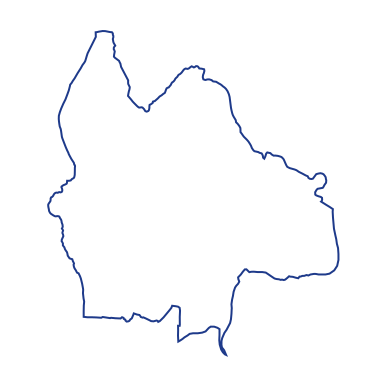 the district of Pursat, Pouthisat, Cambodia, rotated 178°
{"feature_id": "14789045B81185563432345", "entity_name": "Pursat", "entity_type": "district", "adm_level": 2, "iso_a3": "KHM", "parent_name": "Cambodia", "parent_adm1": "Pouthisat", "projection": "robinson", "projection_center": [103.921, 12.468], "detail": "fine", "context": "isolated", "style": "outline", "palette": "blue", "viewbox_px": 384, "rotation_deg": 178, "n_neighbors": 0, "source": "geoboundaries", "source_scale": "gbopen_adm2", "svg_char_len": 5993}
<svg xmlns="http://www.w3.org/2000/svg" viewBox="0 0 384 384"><g transform="rotate(178 192 192)"><path d="M51.4,150.4L52.0,161.8L52.1,167.4L51.8,170.0L55.0,172.3L58.5,174.6L63.3,177.9L62.7,178.4L62.2,179.8L62.3,181.7L63.5,182.6L65.7,183.3L68.0,184.3L68.9,185.1L68.9,187.5L67.5,189.7L66.4,190.8L61.2,191.6L60.4,192.6L59.4,194.4L57.7,196.6L57.4,199.1L57.7,200.2L57.9,202.1L58.7,203.5L59.9,205.1L61.1,205.8L63.0,206.3L65.1,206.0L67.2,205.5L70.7,201.1L72.1,200.8L73.8,201.1L75.1,202.0L75.8,203.7L77.8,204.6L81.0,206.5L84.5,208.4L86.8,210.1L88.6,210.9L93.6,212.5L95.9,213.8L96.8,215.4L97.8,217.8L99.0,220.9L99.6,222.0L101.3,223.8L102.7,224.4L104.9,225.1L107.4,225.5L109.2,225.5L111.0,226.7L112.3,228.1L115.4,228.9L116.5,227.8L117.5,224.9L118.6,222.8L119.7,223.8L120.0,226.0L120.5,227.2L121.1,228.2L122.6,228.6L123.5,229.0L124.1,229.5L125.9,230.0L128.2,230.6L129.2,231.6L130.6,233.8L131.4,236.1L132.2,237.7L133.8,240.4L135.4,242.4L138.3,245.5L139.3,247.0L140.3,248.6L141.4,250.1L141.4,253.7L141.5,254.5L142.6,256.6L144.1,258.7L145.5,260.1L145.6,260.9L145.8,262.3L147.8,265.9L148.6,267.7L149.1,269.5L149.7,272.4L150.1,274.8L151.1,285.6L151.7,288.3L152.9,291.4L154.4,293.8L155.7,295.2L157.6,296.7L158.6,297.7L159.9,298.7L161.0,299.3L164.0,301.3L167.0,301.8L167.9,302.5L168.4,303.1L170.7,303.9L171.9,304.0L173.1,303.9L174.4,303.5L175.2,303.6L176.7,304.2L177.2,306.2L177.1,307.3L176.7,309.0L176.1,310.2L175.4,312.6L175.6,314.2L178.0,314.9L180.4,315.2L181.5,317.0L182.6,317.6L183.7,317.6L185.1,316.6L186.1,316.5L186.8,317.1L188.0,317.6L189.3,316.8L190.4,315.9L191.3,315.4L192.3,315.2L193.5,315.5L194.2,315.6L195.5,314.9L196.3,314.1L198.2,311.7L199.1,310.9L200.0,310.2L201.3,309.6L202.0,308.7L202.6,307.7L204.1,306.4L204.7,305.8L205.4,304.5L206.4,303.3L207.3,302.6L208.0,302.2L208.7,301.3L209.5,299.7L211.7,297.3L212.9,297.0L213.8,296.4L214.6,294.7L215.1,293.3L215.7,292.0L217.5,290.9L219.0,289.7L221.0,288.6L222.9,286.7L226.1,284.1L226.9,284.0L227.9,283.7L228.1,282.5L229.0,281.8L229.6,281.4L230.3,281.0L231.3,280.6L231.6,279.3L231.6,278.2L231.8,276.8L232.0,276.0L232.2,275.3L232.8,274.5L234.4,273.9L235.8,274.4L237.1,276.6L238.4,278.0L239.2,278.4L241.9,278.2L242.8,278.8L243.8,279.7L246.3,282.4L248.1,284.4L249.6,286.5L252.6,290.3L252.1,292.7L251.5,295.1L251.0,296.4L250.6,298.3L250.6,299.2L251.1,300.2L252.0,302.3L252.0,304.5L251.9,305.8L258.5,319.5L259.1,322.9L259.7,324.0L260.3,325.6L263.4,328.1L264.4,328.9L265.3,330.0L265.0,332.1L264.3,335.1L264.8,336.7L265.2,337.4L265.1,338.9L264.5,340.0L263.6,340.9L265.1,343.8L265.4,344.8L265.6,346.5L265.8,347.6L265.2,349.5L265.2,350.9L265.6,351.8L265.6,353.3L266.5,354.5L267.7,354.6L269.2,354.9L273.0,355.8L275.6,356.0L279.5,355.5L281.5,355.1L282.7,355.0L282.7,350.4L291.5,334.2L292.4,331.7L293.3,329.0L294.1,326.7L295.0,325.2L297.0,322.7L298.9,319.5L302.2,314.7L305.4,309.6L307.3,307.1L308.5,305.2L310.0,303.5L310.3,302.1L311.6,297.8L313.0,294.3L315.2,289.0L317.6,284.6L319.8,280.0L321.3,276.3L322.4,272.8L322.6,269.8L322.5,267.4L322.2,264.4L321.9,262.1L321.0,259.5L320.7,257.4L320.1,251.7L319.7,250.2L318.2,245.8L316.6,241.2L315.3,237.9L314.3,235.7L313.8,234.1L312.7,231.8L311.4,229.2L309.0,225.2L308.7,223.4L308.1,222.8L308.0,221.4L308.2,220.6L308.4,216.4L308.6,213.2L309.1,211.1L309.7,210.1L311.7,209.0L312.8,207.8L313.7,207.6L315.4,207.5L316.4,207.6L316.7,205.3L317.1,204.6L318.3,204.0L320.3,203.3L322.2,202.0L322.3,201.1L321.9,200.4L321.6,199.1L321.6,197.7L322.2,196.6L323.3,196.2L324.4,196.5L325.2,196.4L326.2,195.9L327.1,196.1L327.9,196.1L329.2,195.5L330.1,194.5L330.9,193.0L331.9,192.0L333.0,191.5L333.5,190.5L333.6,189.0L333.8,187.9L334.4,187.0L335.2,186.0L336.1,184.6L336.2,183.2L336.0,181.5L335.7,180.0L335.5,178.1L334.7,176.3L333.8,175.2L331.3,173.4L329.9,172.6L328.9,172.4L327.7,172.6L326.5,172.5L325.5,172.1L324.8,170.5L323.8,168.9L323.4,167.4L323.3,166.2L322.9,164.9L322.6,164.1L322.4,162.1L322.7,161.0L323.3,160.0L322.5,158.8L322.2,157.9L322.6,156.9L322.9,156.1L322.9,155.3L322.4,154.1L322.1,152.4L323.8,148.9L324.0,147.4L323.5,146.6L322.8,145.1L322.9,143.1L321.5,141.2L320.9,139.2L320.1,137.8L319.2,136.5L318.8,135.3L318.4,132.7L316.7,130.0L315.5,129.5L314.0,129.0L313.4,126.9L312.8,125.7L312.4,124.6L312.9,123.4L312.6,121.4L312.0,119.7L311.1,118.3L309.7,115.4L308.2,114.7L306.9,111.8L306.1,109.4L305.0,104.2L304.6,101.5L304.2,98.7L304.2,97.7L304.5,94.7L304.1,89.5L303.6,86.2L304.1,82.3L304.4,76.9L304.6,71.0L301.1,70.5L296.4,70.3L292.1,70.0L287.1,69.5L285.6,70.2L282.4,69.6L278.2,68.8L277.4,69.1L272.8,68.5L267.8,68.1L266.3,69.3L264.8,68.6L264.6,67.6L263.1,66.8L263.0,65.9L261.9,64.8L260.4,64.9L259.1,65.4L258.2,66.7L256.6,67.8L254.9,71.4L254.4,72.7L253.1,72.2L251.4,71.5L248.8,70.9L248.1,70.0L247.5,68.9L245.8,68.2L245.0,68.4L242.7,67.3L238.9,65.3L237.4,64.4L234.9,64.1L231.9,64.8L230.7,64.3L230.3,63.4L228.7,64.1L224.8,67.7L219.0,74.2L216.7,76.9L215.8,79.0L212.2,78.4L210.0,77.9L208.4,76.7L208.1,73.8L208.6,67.6L208.8,59.8L209.0,58.7L210.6,58.8L210.7,54.0L211.0,48.9L210.9,43.0L209.0,44.0L206.7,45.4L204.6,47.0L201.4,48.8L199.3,50.3L195.8,50.8L191.3,50.6L186.7,51.1L183.3,52.2L179.9,55.6L177.9,56.8L174.4,56.6L171.3,55.4L169.3,54.0L169.5,48.4L169.9,42.9L169.6,38.4L168.3,33.5L166.7,30.7L164.8,28.6L163.6,28.0L165.4,32.7L167.5,35.6L167.9,38.3L167.7,42.2L166.9,45.0L164.5,50.1L162.2,53.2L158.5,59.7L157.5,63.5L156.8,69.0L156.5,72.7L156.3,74.5L156.5,78.4L155.7,83.0L154.7,86.7L153.9,90.8L152.3,95.0L151.0,96.8L149.1,98.7L147.9,100.8L148.7,103.2L148.9,105.1L146.1,107.8L144.0,110.5L141.9,112.8L140.3,112.8L137.5,109.9L135.6,110.2L133.1,110.2L129.2,109.7L124.4,109.5L121.1,108.9L118.6,107.1L115.5,104.8L112.6,102.7L110.7,102.1L108.1,101.7L106.4,101.1L105.1,101.3L103.3,100.8L101.9,101.2L99.9,102.7L97.9,104.4L96.7,104.0L94.2,103.7L91.2,102.7L88.8,102.1L87.5,103.7L86.4,103.7L84.7,104.3L82.7,104.3L80.5,105.0L78.5,104.5L76.6,105.4L72.9,105.9L71.2,105.8L68.5,105.2L61.6,104.9L57.4,105.6L52.6,108.7L49.5,113.1L48.0,119.0L47.8,124.9L48.0,130.9L49.0,135.2L49.5,139.9L50.2,143.5L51.4,150.4Z" fill="none" stroke="#1e3a8a" stroke-width="2"/></g></svg>